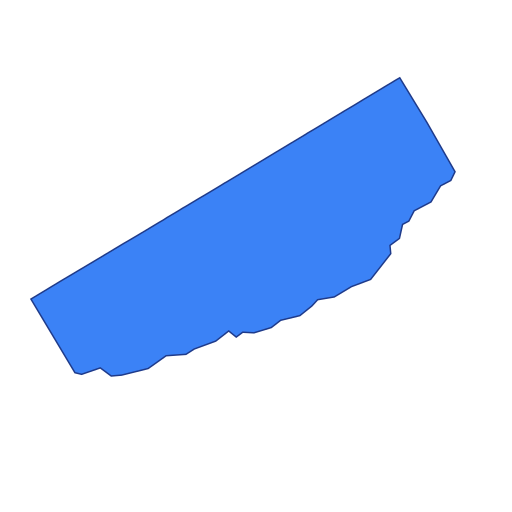 outline of Keya Paha, Nebraska, United States of America, rotated 329°
{"feature_id": "52423323B7947065796297", "entity_name": "Keya Paha", "entity_type": "district", "adm_level": 2, "iso_a3": "USA", "parent_name": "United States of America", "parent_adm1": "Nebraska", "projection": "robinson", "projection_center": [-99.716, 42.858], "detail": "fine", "context": "isolated", "style": "filled", "palette": "blue", "viewbox_px": 512, "rotation_deg": 329, "n_neighbors": 0, "source": "geoboundaries", "source_scale": "gbopen_adm2", "svg_char_len": 1063}
<svg xmlns="http://www.w3.org/2000/svg" viewBox="0 0 512 512"><g transform="rotate(329 256 256)"><path d="M278.2,327.6L286.3,325.2L302.0,331.4L322.0,331.4L342.2,335.1L372.7,323.4L376.3,315.9L388.0,314.8L397.9,304.4L405.0,304.8L414.9,298.7L433.8,299.8L450.4,290.9L461.9,291.6L470.0,286.3L471.3,229.7L471.0,177.3L467.2,177.2L455.7,177.2L428.7,177.2L419.0,177.3L417.8,177.3L416.4,177.3L406.7,177.2L372.2,177.3L370.7,177.3L363.3,177.2L361.7,177.3L343.6,177.3L343.0,177.3L327.5,177.3L268.3,177.4L267.3,177.3L259.2,177.4L255.8,177.4L248.3,177.4L236.8,177.3L227.8,177.3L222.3,177.3L220.9,177.3L218.2,177.2L212.5,177.3L199.6,177.2L195.1,177.4L190.6,177.3L187.0,177.3L168.5,177.3L164.3,177.3L153.9,177.2L153.7,177.2L149.0,177.1L129.1,177.1L118.6,177.1L115.6,177.1L77.0,176.9L73.7,176.9L40.9,177.0L40.7,262.8L45.6,267.6L64.9,271.7L70.1,284.3L79.5,288.9L105.6,296.9L127.6,295.2L145.3,304.2L155.2,303.9L177.7,308.2L194.0,306.2L197.3,315.3L205.4,314.5L214.7,320.8L232.3,325.2L244.0,323.8L262.9,329.7L278.2,327.6Z" fill="#3b82f6" stroke="#1e3a8a" stroke-width="1.5"/></g></svg>